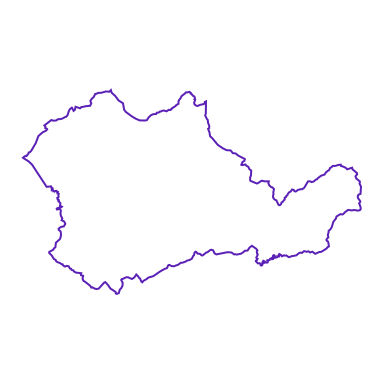 outline of Thong Saen Khan, Uttaradit, Thailand
{"feature_id": "78962969B33216342014207", "entity_name": "Thong Saen Khan", "entity_type": "district", "adm_level": 2, "iso_a3": "THA", "parent_name": "Thailand", "parent_adm1": "Uttaradit", "projection": "mercator", "projection_center": [100.412, 17.497], "detail": "fine", "context": "isolated", "style": "outline", "palette": "violet", "viewbox_px": 384, "rotation_deg": 0, "n_neighbors": 0, "source": "geoboundaries", "source_scale": "gbopen_adm2", "svg_char_len": 5955}
<svg xmlns="http://www.w3.org/2000/svg" viewBox="0 0 384 384"><path d="M360.5,193.9L361.0,186.6L359.6,183.7L359.9,181.5L356.3,178.5L355.5,176.6L355.7,175.9L357.1,174.4L356.9,173.0L352.5,169.3L352.1,167.7L347.2,169.3L345.7,167.8L342.5,166.3L341.1,166.1L340.8,164.7L338.7,164.9L335.3,165.9L332.7,166.0L331.2,167.4L330.0,168.0L329.3,169.8L326.1,172.2L324.5,174.6L321.1,175.7L317.5,178.5L317.0,179.3L315.7,179.7L313.9,181.4L311.7,182.1L310.1,181.3L308.0,181.4L304.2,187.8L302.2,189.2L300.0,189.3L297.6,190.1L296.2,191.3L295.4,191.5L294.4,191.2L293.8,190.0L292.0,189.5L290.7,191.5L289.0,192.4L287.9,193.8L287.4,195.2L286.2,196.1L286.0,197.0L284.7,197.7L284.7,199.6L283.8,200.3L283.0,201.6L281.5,202.5L281.2,203.8L280.3,204.9L279.6,205.2L278.5,204.8L276.4,200.4L274.4,199.4L273.1,197.5L273.0,195.9L273.5,194.4L273.3,192.4L274.0,189.0L272.2,187.3L271.2,187.1L269.3,185.4L268.4,183.2L268.8,181.3L264.5,181.3L261.6,180.7L258.0,183.1L256.9,183.5L250.5,180.9L250.2,180.3L250.1,177.6L251.0,175.4L251.2,170.5L249.4,169.2L248.3,166.8L246.5,165.8L245.4,164.5L242.0,165.1L241.3,164.8L242.5,162.0L244.3,160.9L244.9,159.3L244.7,158.9L238.2,155.6L235.7,153.5L232.8,153.1L230.6,150.4L226.6,150.2L223.0,148.4L217.7,144.8L212.0,137.9L210.1,136.3L209.5,132.5L208.1,128.9L209.1,128.2L209.3,126.1L208.0,122.5L207.8,120.1L206.6,118.5L205.2,115.5L205.8,113.6L206.0,101.4L204.8,102.0L204.5,103.5L203.7,104.1L200.3,104.8L197.5,106.0L195.5,105.3L194.5,104.2L194.1,102.9L195.1,99.9L194.6,99.4L195.1,99.1L194.4,96.5L192.7,95.6L192.0,94.4L191.2,94.1L191.0,93.2L190.3,93.0L190.2,92.4L189.4,91.8L187.4,92.4L185.8,92.4L185.2,93.3L181.6,96.1L180.4,98.5L179.0,100.1L178.5,101.5L178.5,103.8L176.2,105.1L175.6,106.0L172.4,108.0L172.2,108.5L171.5,108.6L170.7,109.9L170.0,110.1L168.7,109.8L166.6,111.3L164.3,110.6L162.2,110.7L161.0,111.5L159.9,111.6L158.6,112.6L156.8,112.7L156.1,114.0L152.7,114.3L150.5,115.6L148.5,117.6L147.0,120.0L145.6,120.5L139.7,120.4L136.1,118.9L131.6,116.2L125.8,111.9L124.1,109.6L123.0,103.3L118.5,100.4L115.3,96.0L111.6,92.7L110.9,90.1L109.3,91.7L105.6,91.5L101.3,92.8L98.1,92.9L96.5,93.8L95.3,93.9L93.6,97.2L92.2,98.3L90.5,100.6L90.4,101.4L91.3,103.2L90.1,105.8L85.9,106.2L81.2,107.2L80.1,108.3L75.6,106.8L74.8,109.9L73.6,110.9L72.0,107.7L71.7,107.7L69.7,109.4L68.7,111.4L67.6,115.1L66.0,116.9L65.4,116.9L62.3,118.6L60.2,119.1L58.0,119.2L55.9,120.6L52.9,120.6L51.4,120.0L44.4,125.4L45.4,126.5L45.2,128.0L46.9,128.8L47.2,129.3L46.1,130.6L42.7,132.3L38.5,135.9L35.7,143.2L31.2,150.9L29.8,152.2L28.7,152.5L28.5,153.5L27.1,155.4L26.5,155.5L26.4,156.1L24.6,156.3L23.0,157.8L28.8,161.5L32.1,164.7L46.6,186.8L51.1,186.4L51.6,188.4L52.1,187.9L52.5,188.2L51.8,189.1L51.8,190.2L52.9,189.8L53.3,191.2L53.9,191.0L54.6,191.6L55.4,191.0L56.6,190.9L57.2,192.3L57.8,192.2L57.5,193.3L58.4,193.4L58.8,193.9L58.3,195.4L58.6,196.9L58.1,197.7L57.3,197.9L57.6,199.4L58.8,200.0L58.9,200.9L58.4,201.1L58.5,201.5L59.0,201.6L60.4,203.1L59.9,206.7L61.1,206.3L61.9,206.7L61.3,207.3L60.4,207.4L59.1,208.1L57.4,207.9L57.1,207.5L57.3,208.5L56.7,208.9L57.0,209.5L59.4,208.9L60.6,209.9L60.9,211.1L60.5,212.8L60.7,215.1L61.3,216.7L62.3,218.3L61.6,220.2L64.2,221.5L65.3,223.9L63.8,226.4L61.0,226.9L58.6,228.7L58.8,230.0L60.5,231.3L60.8,232.3L61.0,235.3L60.3,238.3L59.7,239.3L55.9,242.7L55.4,247.2L53.7,248.6L53.3,249.7L49.4,251.8L49.1,252.2L49.3,253.1L51.7,255.4L54.0,259.1L55.6,259.8L56.2,261.3L57.0,261.9L60.0,263.1L61.6,264.2L62.6,264.3L63.0,265.3L64.9,266.6L66.5,265.9L68.7,266.3L69.9,268.5L71.1,268.8L71.6,269.9L73.4,270.4L74.0,271.5L76.0,272.6L81.2,273.2L80.8,274.2L81.0,275.2L83.1,275.8L82.6,278.8L83.4,280.8L85.0,281.7L90.2,285.8L91.3,287.6L92.3,287.3L94.7,288.6L96.1,289.0L98.6,288.7L104.2,282.6L105.3,282.1L107.8,284.8L110.5,288.6L115.3,291.7L115.8,292.3L115.8,293.5L116.8,293.9L118.9,293.0L119.7,289.8L121.5,287.8L122.5,285.7L122.7,282.9L121.2,280.0L121.7,279.1L122.6,279.0L125.8,277.4L127.1,277.2L128.1,277.3L131.9,279.0L134.2,277.6L136.3,274.5L138.1,276.3L139.2,278.0L140.2,278.6L140.4,279.5L141.5,281.8L142.3,282.3L143.4,280.9L146.7,279.0L148.3,277.6L153.4,276.1L160.5,271.2L164.7,268.9L167.0,268.1L168.0,265.7L168.7,265.0L169.4,264.9L171.4,266.0L173.8,266.3L178.4,264.6L180.7,262.8L182.4,262.7L185.2,261.8L186.8,260.7L189.2,260.1L191.3,259.1L191.9,258.6L193.1,256.1L194.1,255.1L194.5,252.7L195.6,251.7L196.3,252.0L197.7,253.7L198.9,253.7L200.6,254.2L201.2,255.1L202.0,255.5L203.0,255.2L206.1,252.6L207.6,252.1L210.0,250.2L211.2,249.7L213.1,250.3L214.5,253.3L216.4,254.4L227.4,252.2L231.5,252.5L234.1,254.4L235.2,254.2L236.7,254.6L241.0,253.7L243.6,252.0L244.8,250.8L247.6,250.5L249.6,247.5L251.9,245.8L256.1,248.7L257.4,250.4L256.9,251.0L256.8,251.9L257.2,253.9L257.7,254.2L257.6,255.1L256.3,257.5L256.7,258.3L257.3,258.7L256.9,258.9L257.1,259.4L256.9,260.2L256.2,260.4L255.8,261.2L257.9,263.4L259.3,263.2L260.4,263.7L260.5,265.0L261.2,265.6L262.1,265.2L262.1,264.2L263.9,263.0L262.5,262.4L263.3,260.8L264.5,261.3L265.7,262.6L267.6,262.5L267.8,261.6L267.2,260.4L267.9,260.1L268.5,260.4L269.6,260.0L269.9,259.0L271.4,258.1L271.7,258.2L272.0,259.2L273.2,259.0L273.4,258.5L272.8,257.8L272.8,256.8L273.0,255.8L273.6,255.2L274.4,255.3L274.8,255.9L275.0,256.7L274.7,257.6L275.0,257.8L277.2,257.2L277.2,256.4L279.1,256.5L279.3,256.1L278.6,255.2L279.3,254.0L281.1,255.0L282.0,256.3L283.9,255.3L284.9,255.6L286.4,255.5L288.5,257.0L289.4,257.2L291.2,256.3L296.2,255.4L299.2,253.0L300.4,252.6L302.0,252.9L304.1,251.1L306.6,251.8L308.5,251.3L310.1,252.5L312.3,251.7L315.3,253.8L319.3,252.0L321.0,251.9L324.0,250.2L326.7,248.4L327.5,247.2L328.9,246.5L328.3,242.3L327.8,241.3L326.7,240.7L326.4,239.9L327.0,238.7L328.4,237.3L327.8,235.2L328.7,231.8L328.6,230.8L330.3,229.5L331.7,227.3L333.4,221.7L335.8,218.7L336.5,216.5L340.4,214.1L342.3,214.5L343.1,214.2L345.3,211.9L348.2,209.9L351.6,210.4L354.5,210.0L357.6,210.6L359.5,210.3L360.5,209.6L360.7,208.8L360.5,206.9L359.1,203.3L360.1,202.2L360.3,201.2L358.0,198.1L357.7,196.4L358.4,194.7L360.5,193.9Z" fill="none" stroke="#5b21b6" stroke-width="2"/></svg>